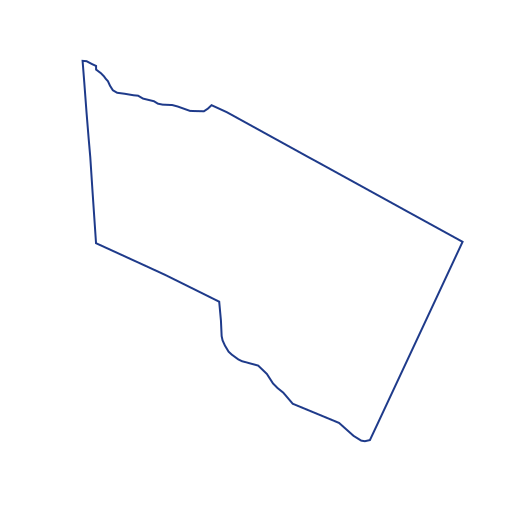 Baraúna, Rio Grande do Norte, Brazil (Mercator projection), rotated 279°
{"feature_id": "56859067B35096548847871", "entity_name": "Baraúna", "entity_type": "district", "adm_level": 2, "iso_a3": "BRA", "parent_name": "Brazil", "parent_adm1": "Rio Grande do Norte", "projection": "mercator", "projection_center": [-37.595, -5.082], "detail": "fine", "context": "isolated", "style": "outline", "palette": "blue", "viewbox_px": 512, "rotation_deg": 279, "n_neighbors": 0, "source": "geoboundaries", "source_scale": "gbopen_adm2", "svg_char_len": 934}
<svg xmlns="http://www.w3.org/2000/svg" viewBox="0 0 512 512"><g transform="rotate(279 256 256)"><path d="M243.6,96.0L233.2,133.3L232.4,136.2L223.1,169.3L205.1,226.8L186.6,231.5L171.5,234.6L167.4,236.2L162.7,239.3L157.2,243.9L154.8,247.5L151.1,254.7L149.9,258.6L148.1,275.3L141.2,285.2L132.8,292.7L128.9,298.0L125.3,304.3L115.8,315.4L104.1,364.2L93.6,380.5L90.1,388.8L90.1,392.5L92.0,397.3L109.2,402.3L199.6,428.3L242.7,440.7L302.3,457.8L323.8,398.0L356.4,307.6L361.0,294.7L362.2,291.3L393.5,204.6L398.0,188.5L394.0,185.4L390.8,181.9L389.5,172.3L389.0,168.1L391.4,155.3L392.0,149.7L390.9,140.1L391.1,135.3L392.9,131.0L393.8,119.8L395.9,114.4L395.6,110.0L395.7,100.9L395.5,93.3L397.3,88.7L401.3,85.2L405.5,82.4L407.5,79.9L409.7,77.7L412.3,74.2L415.1,68.9L418.7,68.3L419.9,64.0L421.9,58.2L421.6,54.2L398.6,59.7L371.5,66.1L364.9,67.7L346.8,72.1L327.5,76.9L293.9,84.5L243.6,96.0Z" fill="none" stroke="#1e3a8a" stroke-width="2"/></g></svg>